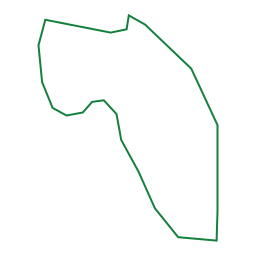 outline of Gjorče Petrov
{"feature_id": "MKD-2948", "entity_name": "Gjorče Petrov", "entity_type": "Municipality", "adm_level": 1, "iso_a3": "MKD", "parent_name": "North Macedonia", "parent_adm1": "", "projection": "equal_earth", "projection_center": [21.302, 42.042], "detail": "fine", "context": "isolated", "style": "outline", "palette": "green", "viewbox_px": 256, "rotation_deg": 0, "n_neighbors": 0, "source": "natural_earth", "source_scale": "10m", "svg_char_len": 399}
<svg xmlns="http://www.w3.org/2000/svg" viewBox="0 0 256 256"><path d="M110.7,32.6L126.6,29.3L128.8,15.4L145.1,24.6L191.3,68.7L217.5,125.1L217.5,152.9L217.5,166.8L217.5,210.9L216.6,240.6L178.2,237.2L154.9,208.3L138.6,171.8L121.2,139.9L116.5,114.0L103.8,100.3L92.1,101.9L82.8,112.5L66.5,115.5L52.6,107.9L42.1,82.1L38.5,45.2L45.3,19.8L110.7,32.6Z" fill="none" stroke="#15803d" stroke-width="2"/></svg>